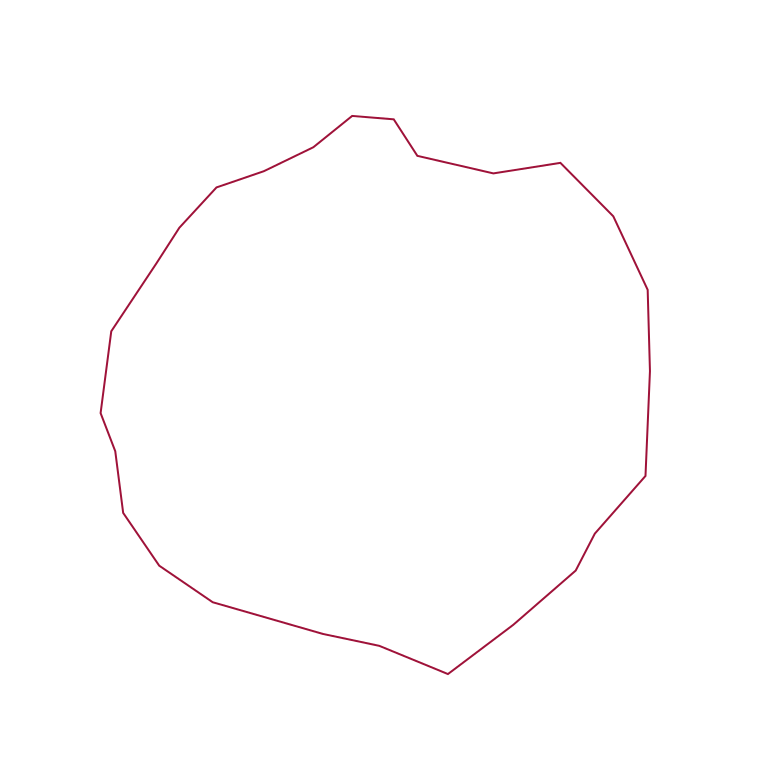 the district of Trimithi, Cyprus, rotated 286°
{"feature_id": "46923920B99382767312259", "entity_name": "Trimithi", "entity_type": "district", "adm_level": 2, "iso_a3": "CYP", "parent_name": "Cyprus", "parent_adm1": "", "projection": "orthographic", "projection_center": [33.257, 35.336], "detail": "fine", "context": "isolated", "style": "outline", "palette": "rose", "viewbox_px": 768, "rotation_deg": 286, "n_neighbors": 0, "source": "geoboundaries", "source_scale": "gbopen_adm2", "svg_char_len": 490}
<svg xmlns="http://www.w3.org/2000/svg" viewBox="0 0 768 768"><g transform="rotate(286 384 384)"><path d="M122.8,525.4L188.1,574.6L257.5,619.7L298.3,627.9L367.7,660.7L469.7,636.1L547.2,611.5L608.4,558.2L645.2,492.6L616.6,431.1L612.5,353.2L641.1,320.4L632.9,279.5L592.1,250.8L555.4,209.8L526.8,168.8L477.8,144.2L437.0,131.9L359.5,107.3L277.9,119.6L245.3,144.2L188.2,168.8L147.4,218.0L127.0,279.5L126.9,394.2L131.0,451.6L122.8,525.4Z" fill="none" stroke="#9f1239" stroke-width="2"/></g></svg>